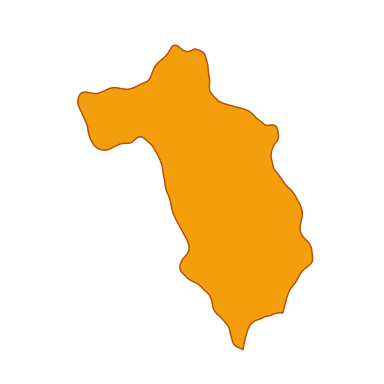 Maimón, Monseñor Nouel, Dominican Republic (Robinson projection), rotated 15°
{"feature_id": "3306468B25789433891427", "entity_name": "Maimón", "entity_type": "district", "adm_level": 2, "iso_a3": "DOM", "parent_name": "Dominican Republic", "parent_adm1": "Monseñor Nouel", "projection": "robinson", "projection_center": [-70.282, 18.886], "detail": "fine", "context": "isolated", "style": "filled", "palette": "amber", "viewbox_px": 384, "rotation_deg": 15, "n_neighbors": 0, "source": "geoboundaries", "source_scale": "gbopen_adm2", "svg_char_len": 2898}
<svg xmlns="http://www.w3.org/2000/svg" viewBox="0 0 384 384"><g transform="rotate(15 192 192)"><path d="M72.6,153.5L74.3,156.3L77.1,162.6L79.4,166.1L82.2,169.3L84.2,171.3L86.4,172.9L89.0,174.1L91.8,174.6L94.6,174.6L96.0,174.4L98.7,173.5L99.9,172.9L102.1,171.2L107.2,166.6L110.4,164.1L112.8,162.9L117.7,161.4L119.9,160.4L120.8,159.7L121.6,158.9L123.4,155.9L124.8,154.1L126.5,152.6L127.5,152.1L128.7,151.8L129.8,151.9L131.9,152.5L139.9,156.5L142.3,158.2L145.6,161.3L149.8,165.8L152.8,169.3L155.4,172.9L156.9,175.5L159.1,181.0L162.8,188.4L164.4,192.5L165.6,195.1L167.1,197.5L172.2,204.3L173.7,206.6L176.7,213.2L179.1,217.1L181.9,220.7L185.0,224.2L198.9,238.9L200.8,241.3L202.5,243.7L203.6,246.5L204.0,249.4L203.6,252.3L202.6,254.7L200.3,259.3L199.6,262.1L199.4,264.9L199.5,266.3L200.1,269.0L200.8,270.2L201.6,271.2L202.6,272.0L210.1,276.5L212.6,277.5L219.5,278.8L222.2,279.6L224.5,280.8L229.1,283.4L232.7,285.2L235.0,286.7L236.9,288.6L238.5,290.8L239.2,291.9L241.6,297.0L243.0,299.3L244.8,301.2L246.9,302.9L251.7,305.4L253.9,306.7L260.3,311.0L262.2,312.6L263.6,314.7L265.4,318.2L269.9,326.0L271.4,328.0L272.5,328.7L274.8,329.7L277.3,330.3L282.0,331.0L281.4,321.8L281.3,314.8L281.6,309.8L282.3,306.6L282.8,305.0L284.4,302.2L286.5,299.8L291.7,296.3L294.9,293.3L298.9,291.5L302.4,288.8L304.5,287.4L306.9,286.3L311.0,285.3L310.9,269.3L311.3,264.6L311.8,261.6L312.6,258.8L315.4,252.6L316.2,249.7L317.4,243.9L318.4,241.1L319.8,238.4L324.0,232.6L325.4,230.2L325.9,228.9L326.1,227.6L325.8,225.1L322.5,216.6L321.8,215.3L320.2,213.0L317.3,210.3L311.6,207.1L310.5,206.3L308.6,204.5L307.1,202.3L306.4,201.0L305.6,198.2L305.2,195.2L304.7,187.6L304.2,184.6L303.7,183.1L302.5,180.4L299.9,176.7L294.8,171.0L290.5,166.8L286.9,164.3L282.0,161.8L279.6,160.1L271.6,153.2L266.3,149.4L265.3,148.5L263.8,146.4L260.1,139.3L259.0,136.8L258.7,135.3L258.3,132.3L258.6,127.8L259.2,124.9L261.0,120.3L261.5,117.9L261.4,116.7L260.7,114.3L258.2,109.0L257.5,108.0L256.6,107.2L255.5,106.6L254.4,106.3L252.1,106.4L247.3,108.3L246.3,108.4L244.2,108.0L235.0,103.8L229.3,100.4L226.7,99.4L225.3,99.0L222.3,98.6L219.3,98.4L204.0,98.4L199.4,98.3L195.0,97.6L193.6,97.1L191.3,95.9L185.0,91.7L183.2,90.0L182.5,88.9L181.7,86.3L180.1,79.5L176.8,71.9L174.8,66.3L172.9,62.5L170.3,58.2L168.9,56.1L168.0,55.2L166.9,54.5L164.5,53.6L162.0,53.2L157.9,53.0L153.8,56.3L151.6,57.4L150.3,57.7L149.0,57.8L146.5,57.5L140.5,54.6L138.3,54.5L137.2,54.8L136.1,55.4L135.3,56.3L134.8,57.3L133.1,63.5L132.1,66.2L130.6,68.8L126.3,75.1L124.7,77.7L124.1,79.2L123.1,83.6L122.2,92.2L121.4,94.8L120.8,95.9L120.0,96.9L116.0,100.0L108.3,106.7L105.8,108.3L103.1,109.5L100.4,110.0L92.0,110.9L89.3,111.5L87.9,112.0L85.4,113.4L78.5,119.1L76.1,120.7L74.8,121.4L73.5,121.8L70.8,122.3L63.1,123.1L60.8,123.9L59.7,124.8L58.9,125.9L58.4,127.1L57.9,129.9L58.0,132.7L58.8,135.6L59.4,137.0L61.1,139.5L68.1,147.8L72.6,153.5Z" fill="#f59e0b" stroke="#b45309" stroke-width="1.5"/></g></svg>